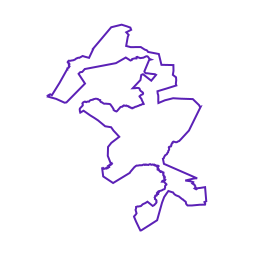 San Pedro y San Pablo Tequixtepec, Oaxaca, Mexico, rotated 262°
{"feature_id": "50627088B39649536593692", "entity_name": "San Pedro y San Pablo Tequixtepec", "entity_type": "district", "adm_level": 2, "iso_a3": "MEX", "parent_name": "Mexico", "parent_adm1": "Oaxaca", "projection": "equal_earth", "projection_center": [-97.719, 18.101], "detail": "fine", "context": "isolated", "style": "outline", "palette": "violet", "viewbox_px": 256, "rotation_deg": 262, "n_neighbors": 0, "source": "geoboundaries", "source_scale": "gbopen_adm2", "svg_char_len": 5826}
<svg xmlns="http://www.w3.org/2000/svg" viewBox="0 0 256 256"><g transform="rotate(262 128 128)"><path d="M184.0,181.7L185.9,169.9L197.0,168.8L200.5,158.5L202.0,157.7L202.5,157.1L203.3,155.5L206.4,151.9L207.7,141.9L209.5,137.6L218.4,140.5L220.1,141.6L223.0,139.6L224.8,144.8L227.1,144.3L228.8,141.1L231.2,136.1L230.1,125.4L210.5,103.5L210.8,104.4L202.9,99.2L204.6,95.2L205.6,93.1L204.3,89.6L204.5,88.7L204.3,87.4L204.1,87.1L204.0,86.4L203.2,85.1L202.7,83.3L202.7,81.5L202.6,80.4L202.6,79.8L202.9,78.8L202.1,77.7L201.6,77.4L200.8,77.8L200.5,78.5L200.1,78.8L199.2,78.3L198.8,78.7L197.9,78.1L197.6,78.0L197.1,78.6L196.0,77.7L195.5,76.2L194.2,76.1L194.2,75.6L182.1,66.4L179.6,64.3L171.1,57.2L172.2,55.6L171.6,54.0L171.4,54.5L170.2,53.1L166.9,60.8L161.9,68.7L161.9,70.6L178.0,91.6L188.5,86.6L189.9,88.4L189.9,90.5L192.4,93.4L193.9,125.1L198.1,135.6L194.5,139.8L194.7,140.7L194.7,141.1L195.7,141.7L196.0,144.1L195.7,146.1L196.1,146.3L197.0,146.3L197.1,146.6L197.1,147.3L196.5,147.8L196.1,148.8L195.5,149.8L195.5,153.1L196.1,154.8L196.5,156.1L196.2,157.3L194.9,158.2L193.9,158.6L193.3,159.1L192.6,160.3L192.4,158.4L181.8,152.1L180.6,152.4L179.7,153.4L179.5,154.8L178.5,158.2L177.5,162.2L176.7,163.2L171.6,157.6L179.2,150.3L178.9,149.2L178.6,148.5L173.8,147.0L166.7,138.2L166.4,141.3L166.5,142.2L166.2,143.8L165.7,144.7L165.0,145.0L164.3,145.0L162.9,145.7L162.4,146.3L161.1,147.6L160.8,147.7L160.2,147.8L159.7,147.6L159.3,147.2L159.0,145.7L157.8,143.8L157.1,144.0L156.5,144.6L155.8,144.8L154.7,145.5L153.6,145.6L152.2,146.1L149.6,146.9L149.5,146.5L149.6,146.0L149.6,145.4L149.3,144.4L149.1,144.2L149.1,143.3L148.9,143.0L149.0,142.6L148.5,141.6L148.4,140.5L148.0,139.3L148.0,138.2L147.4,136.8L147.4,136.0L147.3,135.8L146.9,135.4L146.9,135.1L146.9,134.9L147.3,134.8L147.6,133.7L147.7,133.4L148.0,133.4L148.2,133.2L148.6,132.0L149.3,131.8L149.7,131.0L149.7,130.3L150.1,130.1L150.5,129.5L150.3,128.6L150.5,128.1L150.5,127.9L150.8,127.5L150.9,126.8L150.6,126.5L150.4,126.2L150.4,125.8L149.9,125.4L149.9,124.2L149.8,123.5L146.2,119.4L146.0,118.8L147.0,117.1L148.0,116.2L148.8,116.3L150.8,115.4L153.9,113.8L154.3,113.1L154.6,112.1L154.9,110.5L155.2,109.6L155.3,108.2L155.6,107.3L157.2,105.6L157.2,105.2L157.6,104.7L158.0,104.6L158.2,104.3L158.8,104.1L159.5,104.3L160.0,103.0L160.5,102.3L160.9,102.2L161.5,100.2L161.3,97.7L160.9,97.2L161.0,96.7L160.9,96.5L160.8,94.9L160.4,93.9L159.5,93.0L159.7,92.3L159.8,91.3L159.4,90.4L159.6,89.8L160.1,89.2L160.1,88.5L159.8,87.8L159.7,87.3L158.8,86.3L158.5,86.2L157.9,86.5L156.6,86.3L154.1,83.2L153.4,82.8L151.1,82.7L149.9,82.9L151.3,86.4L145.7,92.4L142.9,95.8L139.7,99.4L132.9,105.6L131.1,111.4L127.4,113.3L124.6,115.3L120.5,118.1L115.6,109.4L112.0,105.6L103.2,104.1L95.3,106.0L95.5,106.8L95.1,106.8L94.8,107.1L94.5,106.8L94.4,106.6L94.5,106.1L94.3,105.8L94.2,105.1L93.8,105.4L93.1,103.8L93.1,103.3L92.9,103.4L92.2,103.9L91.9,103.9L91.9,102.7L91.3,102.6L91.0,102.3L91.0,102.0L91.1,101.8L91.7,101.3L91.6,101.1L90.9,101.0L90.8,100.8L91.1,100.0L90.9,99.2L90.9,98.6L91.3,98.4L91.7,98.0L91.0,97.6L91.0,97.4L91.7,97.0L91.7,96.8L83.5,96.7L75.6,105.6L79.9,115.6L83.3,123.5L84.3,124.3L88.3,128.8L89.4,130.7L89.6,131.4L89.4,132.4L89.5,134.7L89.3,135.3L89.2,137.0L89.6,138.1L89.4,140.2L89.1,140.1L89.1,140.6L88.8,142.0L88.9,142.7L88.6,143.1L89.1,144.5L89.1,145.0L88.6,145.5L88.3,146.0L88.5,147.0L88.0,147.9L88.2,148.5L88.1,148.9L87.3,149.1L87.1,149.6L87.3,150.1L86.6,150.5L86.2,150.9L86.3,151.4L86.7,151.6L86.5,152.5L86.0,153.0L84.8,151.8L84.5,151.7L83.9,151.7L83.7,151.9L83.6,152.4L82.6,152.8L82.3,152.7L82.2,152.2L81.3,153.4L80.7,153.4L80.5,153.7L80.6,154.3L79.9,154.3L79.9,155.6L79.3,156.0L79.1,156.9L78.6,157.0L77.8,156.5L77.2,156.7L76.6,156.3L75.8,156.6L75.4,157.1L74.8,156.9L74.7,157.4L74.2,157.7L73.2,156.9L72.7,156.8L72.4,156.9L71.7,157.8L71.2,157.5L71.0,155.6L70.8,154.7L70.1,154.2L69.8,156.0L69.6,156.5L68.8,156.8L67.0,158.2L66.6,158.2L65.8,156.9L65.3,156.6L64.0,156.5L62.4,155.7L62.1,154.1L61.7,153.3L61.4,152.2L61.1,149.4L60.8,149.0L60.2,149.7L59.9,149.5L59.8,148.0L59.6,147.6L59.3,147.6L59.0,147.9L58.6,148.6L58.4,148.6L58.4,147.6L58.3,147.3L58.0,147.2L57.2,147.1L57.0,146.5L57.3,146.0L57.2,145.6L56.1,145.2L55.5,144.7L54.7,145.0L53.9,144.8L53.0,145.8L52.3,146.1L51.5,145.8L50.9,146.0L50.5,145.9L49.8,145.4L48.0,143.2L47.4,141.6L52.3,137.0L51.2,134.6L50.9,133.5L50.4,131.9L49.0,130.1L48.9,129.6L48.8,129.0L48.9,128.5L48.8,127.4L49.0,126.6L48.7,125.0L47.2,124.8L45.9,124.1L42.3,124.6L41.4,123.8L41.2,123.5L40.7,123.1L39.9,122.0L39.4,121.6L34.1,123.0L27.5,125.1L24.8,126.0L24.8,126.9L32.6,144.0L49.3,151.3L54.6,154.2L57.9,157.2L60.0,159.2L57.8,163.8L56.7,164.2L55.5,165.2L54.5,166.4L53.2,168.8L50.5,171.3L49.7,172.1L49.4,172.7L48.9,172.9L46.9,174.9L45.0,175.0L44.2,175.3L43.0,176.2L42.4,180.4L42.0,188.6L41.5,192.5L41.4,193.6L41.8,193.8L42.6,193.9L44.0,193.4L44.6,195.3L58.7,196.1L58.6,191.8L58.7,188.8L57.8,187.0L58.4,186.2L58.8,187.0L59.1,187.0L59.3,186.0L59.7,186.5L61.2,186.5L61.7,186.0L62.5,186.0L63.1,185.5L63.1,185.1L64.1,184.0L64.5,184.7L65.3,185.1L66.7,182.0L68.0,177.4L68.8,186.0L68.8,187.8L68.5,189.5L87.5,158.6L92.7,158.3L92.9,158.9L93.2,159.3L94.2,159.7L95.2,160.6L95.6,160.7L96.7,162.9L97.6,163.3L98.3,164.3L99.7,164.7L100.3,165.3L100.8,165.7L101.9,165.9L102.9,165.7L103.2,165.7L103.4,165.9L103.6,166.1L103.7,166.4L103.7,167.8L104.1,168.2L104.9,168.4L105.0,168.6L105.8,168.7L106.4,169.3L106.8,170.0L107.2,170.1L107.5,170.0L108.1,170.8L108.2,171.1L108.0,171.5L107.8,172.3L107.4,172.9L107.2,173.8L107.2,174.4L107.8,175.9L107.9,176.5L108.0,176.9L109.7,179.1L117.0,188.0L138.9,202.9L138.8,202.3L139.1,202.1L140.7,201.6L147.6,196.2L149.7,184.2L151.2,176.8L150.3,168.4L148.5,161.6L150.3,161.7L154.2,162.3L156.4,162.5L157.9,162.2L160.3,162.3L161.7,171.5L163.4,181.8L165.0,181.5L168.6,182.4L171.5,182.6L174.4,179.8L178.2,181.0L184.0,181.7Z" fill="none" stroke="#5b21b6" stroke-width="2"/></g></svg>